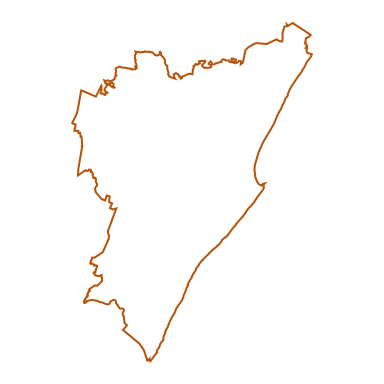 the district of eThekwini, KwaZulu-Natal, South Africa
{"feature_id": "47623444B60178842862169", "entity_name": "eThekwini", "entity_type": "district", "adm_level": 2, "iso_a3": "ZAF", "parent_name": "South Africa", "parent_adm1": "KwaZulu-Natal", "projection": "albers", "projection_center": [30.82, -29.885], "detail": "fine", "context": "isolated", "style": "outline", "palette": "amber", "viewbox_px": 384, "rotation_deg": 0, "n_neighbors": 0, "source": "geoboundaries", "source_scale": "gbopen_adm2", "svg_char_len": 5772}
<svg xmlns="http://www.w3.org/2000/svg" viewBox="0 0 384 384"><path d="M311.8,54.3L309.8,53.5L307.6,53.1L306.8,52.1L306.5,50.0L307.3,48.2L307.2,47.6L305.9,47.8L306.7,46.0L307.1,45.6L305.0,43.4L305.3,43.0L305.1,43.0L306.0,38.1L308.4,37.3L310.7,34.9L292.6,23.0L288.2,25.8L287.0,24.6L287.3,26.0L284.4,26.6L282.5,33.4L282.6,39.7L282.3,40.1L282.1,41.5L280.0,41.3L277.2,39.9L276.7,39.3L266.7,44.0L256.1,43.1L253.9,44.1L248.5,47.1L245.5,50.1L242.8,62.7L240.8,64.2L241.1,62.1L240.6,61.1L239.1,60.8L237.6,62.5L236.7,62.8L235.6,62.6L235.3,62.3L235.3,61.4L236.0,60.3L236.0,59.7L233.1,58.7L231.7,58.6L231.3,59.2L231.9,60.7L233.9,61.9L234.1,62.9L232.2,62.2L229.8,62.1L228.7,60.4L225.7,60.5L224.5,59.5L223.3,59.2L221.6,60.3L221.6,61.8L219.6,62.2L217.0,63.2L215.5,63.4L214.5,64.2L213.4,64.4L212.5,64.0L210.6,61.4L209.3,62.8L208.6,63.9L211.2,65.4L211.4,66.0L211.0,67.1L209.5,67.6L207.0,67.8L206.2,67.6L204.8,67.9L204.2,67.7L202.4,66.3L202.0,65.4L205.1,61.9L205.4,61.4L205.1,60.7L199.4,61.1L198.9,61.8L199.9,63.5L198.4,63.9L197.5,64.7L197.0,64.7L196.1,64.0L195.5,64.1L194.6,65.6L193.6,66.1L193.4,66.6L193.8,67.7L192.7,69.7L192.8,70.8L192.7,72.6L192.4,73.1L192.5,74.2L189.5,73.7L187.9,74.1L186.3,74.8L185.4,75.5L183.2,76.2L182.2,76.9L181.9,78.0L181.5,78.4L181.2,78.3L180.9,77.2L180.2,76.6L180.2,77.7L179.1,76.5L179.2,75.9L177.8,74.1L176.0,73.2L175.2,73.3L174.6,74.0L173.7,74.4L174.6,77.8L175.1,78.6L169.4,76.7L169.4,76.2L168.1,74.3L168.5,72.6L167.4,69.4L167.2,65.6L165.9,65.1L164.9,62.8L165.2,61.5L164.9,59.8L163.0,57.0L161.0,55.2L160.9,52.9L159.6,51.1L159.9,52.6L159.5,54.3L158.0,55.4L157.2,55.2L156.1,55.5L155.1,55.1L154.2,53.8L153.7,53.7L152.2,52.3L149.9,52.2L149.7,51.8L149.0,51.6L146.8,51.9L145.7,51.7L145.2,51.3L143.4,52.2L143.0,51.9L139.7,52.5L138.2,51.7L137.1,52.2L135.5,51.6L136.0,53.6L135.0,54.8L135.2,57.1L134.7,57.9L135.0,59.1L135.7,59.8L135.6,60.7L135.1,61.3L136.6,65.2L136.2,65.9L135.1,66.5L135.4,67.0L136.7,67.4L136.6,68.3L134.9,69.4L133.8,69.2L132.2,69.5L131.6,69.4L131.8,69.1L131.1,68.7L127.3,68.3L125.1,67.7L122.6,67.7L119.5,66.6L115.7,68.5L115.5,69.4L116.2,71.0L115.9,72.6L115.5,73.4L115.4,74.9L115.6,75.2L116.2,75.1L116.5,75.5L115.4,76.5L114.2,79.3L112.5,80.4L110.0,81.3L108.3,80.4L107.7,80.4L106.0,81.1L104.3,80.4L105.1,82.9L105.8,83.6L110.6,83.4L111.4,82.3L112.4,82.8L113.5,84.0L113.2,86.4L114.6,87.4L114.5,87.7L114.0,87.7L112.4,87.3L109.5,84.8L108.3,84.8L106.7,85.4L106.2,86.7L104.8,88.5L104.5,89.9L104.7,90.7L107.4,92.7L107.0,93.1L106.3,92.9L105.5,93.2L105.5,94.7L104.7,94.9L103.0,93.6L101.5,93.6L100.6,93.3L101.2,91.5L101.5,89.6L101.3,88.1L101.6,86.3L101.3,85.6L95.9,96.6L81.8,90.5L81.2,90.4L78.4,106.2L76.9,113.5L72.2,123.0L73.6,124.0L75.7,124.5L74.4,130.8L78.3,130.9L78.4,133.0L80.1,132.8L80.6,136.8L81.5,136.6L82.3,146.1L81.8,146.2L82.0,147.6L78.4,168.5L78.0,175.4L85.4,170.3L86.4,170.9L86.8,170.7L88.2,170.8L88.6,170.5L88.9,169.7L90.7,169.7L91.0,170.4L90.9,172.0L91.5,171.9L92.1,172.2L92.9,173.8L92.7,175.2L93.4,178.0L94.2,178.2L94.9,177.7L95.3,177.8L95.9,178.8L95.8,181.6L97.0,184.0L97.1,185.0L96.9,185.7L96.4,186.0L95.0,188.5L95.7,192.1L101.5,199.0L105.2,200.5L106.7,195.6L109.7,196.4L109.2,200.2L109.2,202.2L112.1,203.4L110.0,208.1L112.9,209.5L116.3,208.4L108.0,230.9L108.1,233.4L109.2,235.9L108.6,238.9L102.9,252.0L94.6,257.6L92.1,257.6L92.1,259.0L91.7,259.7L90.8,260.4L91.1,261.1L90.3,263.3L90.4,263.8L91.0,263.9L92.4,263.6L93.5,264.6L94.0,264.6L94.3,265.7L95.8,265.2L96.4,265.7L97.0,265.8L97.2,266.3L95.7,269.9L95.5,272.1L95.2,272.4L94.6,272.1L93.9,272.3L93.7,272.6L93.7,273.4L94.3,273.7L95.3,275.3L98.5,276.1L99.9,275.9L101.6,275.1L101.4,276.8L102.0,277.6L101.8,278.9L102.1,280.1L102.0,281.2L97.4,285.7L94.8,285.4L89.2,289.3L89.2,290.1L89.9,290.7L89.3,291.5L88.4,291.7L87.9,293.7L87.3,294.2L87.9,295.5L87.7,295.9L87.1,295.8L87.0,296.1L87.3,296.8L86.3,297.2L85.7,298.4L84.8,299.4L83.9,301.6L83.9,302.2L84.2,302.8L84.7,303.0L85.4,302.8L86.5,302.0L86.3,301.3L86.5,301.0L92.2,299.8L92.9,300.2L97.2,300.7L98.9,301.8L102.7,302.6L105.9,304.1L108.2,304.4L109.4,303.9L110.4,301.6L113.0,300.0L114.2,299.9L115.7,300.7L116.1,302.4L116.0,303.0L117.9,305.5L119.6,308.4L122.6,308.5L123.6,309.1L124.0,309.8L123.9,310.6L122.8,312.6L122.7,314.2L123.1,315.4L123.8,316.1L124.5,322.8L127.0,325.3L123.0,330.0L139.4,343.6L143.8,350.0L147.3,360.5L148.3,359.4L148.7,359.4L148.9,359.7L149.3,359.2L149.2,359.9L149.5,360.7L149.7,360.9L149.9,360.4L150.6,361.0L155.0,354.8L156.3,353.3L157.0,353.0L157.1,352.5L156.8,351.9L156.9,350.7L157.8,349.1L159.3,347.1L160.2,344.2L160.9,342.8L163.4,340.1L163.3,337.9L163.9,335.6L165.1,333.4L165.1,332.9L165.4,332.1L165.2,331.6L165.7,331.2L165.9,329.9L166.6,329.3L166.7,328.6L168.1,326.5L168.2,325.3L171.4,318.1L174.8,312.5L176.2,308.8L177.9,306.0L181.7,300.9L182.9,298.2L184.1,294.3L185.5,291.4L185.6,290.8L186.6,287.8L187.4,286.7L187.8,285.4L188.2,285.2L188.2,284.8L187.8,284.6L188.1,283.8L189.6,280.8L192.0,277.0L192.0,276.2L192.9,274.4L195.2,271.2L196.3,268.3L197.7,266.4L198.8,265.4L198.9,264.4L201.6,261.0L202.3,260.6L202.6,259.9L211.8,250.7L214.3,248.4L215.8,247.4L217.5,245.6L218.6,245.0L221.5,241.5L221.7,240.5L222.5,239.5L225.5,237.1L226.4,236.8L226.9,235.9L228.2,234.8L228.2,234.4L230.8,230.9L233.8,226.9L236.0,224.8L235.9,224.3L236.8,223.1L243.0,216.2L244.3,214.2L245.4,213.3L245.8,212.1L248.4,208.5L251.0,205.9L254.0,202.4L257.2,197.3L263.1,189.6L263.8,188.1L263.9,186.9L263.4,186.1L263.4,184.9L264.8,183.4L262.9,183.8L261.5,185.5L259.1,184.3L258.2,183.4L257.0,181.2L255.9,178.8L255.1,175.8L255.2,175.0L254.4,169.8L254.7,167.0L255.2,163.9L258.4,152.9L263.3,141.8L270.4,130.0L274.4,122.9L277.2,115.7L279.6,111.1L280.9,109.2L282.4,105.1L283.6,103.5L285.4,98.7L287.6,95.8L288.2,93.2L289.6,89.9L291.2,86.9L297.2,77.8L301.4,72.2L302.3,70.3L304.4,67.1L306.4,62.8L311.0,56.4L311.8,54.3Z" fill="none" stroke="#b45309" stroke-width="2"/></svg>